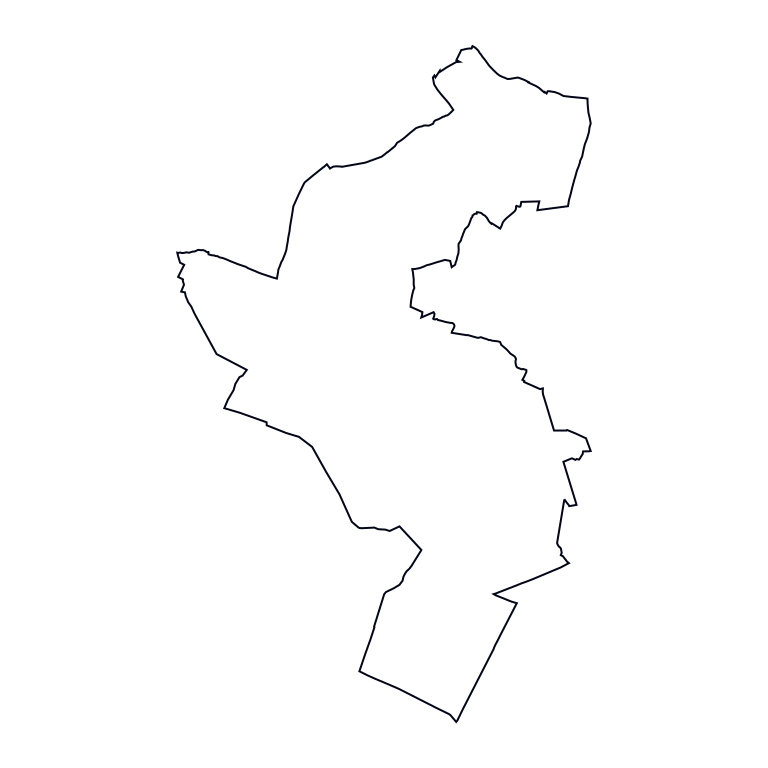 Natívitas, Tlaxcala, Mexico (Albers equal-area conic projection)
{"feature_id": "50627088B73576999314002", "entity_name": "Natívitas", "entity_type": "district", "adm_level": 2, "iso_a3": "MEX", "parent_name": "Mexico", "parent_adm1": "Tlaxcala", "projection": "albers", "projection_center": [-98.329, 19.231], "detail": "fine", "context": "isolated", "style": "outline", "palette": "ink", "viewbox_px": 768, "rotation_deg": 0, "n_neighbors": 0, "source": "geoboundaries", "source_scale": "gbopen_adm2", "svg_char_len": 6058}
<svg xmlns="http://www.w3.org/2000/svg" viewBox="0 0 768 768"><path d="M374.1,626.6L374.3,626.8L374.4,627.4L370.6,639.0L365.1,654.4L359.4,671.3L367.4,675.3L375.4,678.9L383.1,682.1L398.7,688.8L436.5,708.0L449.0,714.1L449.7,714.5L450.6,715.3L456.2,721.9L457.3,720.6L462.6,709.7L493.5,649.3L494.6,646.4L496.3,643.0L497.5,640.8L500.1,635.6L516.8,603.2L511.7,601.7L495.7,595.3L493.7,594.1L495.7,593.5L517.8,584.9L522.1,583.1L523.2,582.8L524.2,582.4L527.3,581.3L532.2,579.4L560.8,567.4L568.9,563.1L567.1,561.7L562.9,556.2L560.8,555.2L561.7,552.7L560.9,548.5L560.2,547.6L559.0,546.7L558.0,545.2L557.2,543.6L557.2,542.3L564.2,500.2L564.8,499.9L566.7,502.6L568.7,505.0L569.2,506.1L569.6,506.1L576.5,504.9L576.1,503.3L563.4,461.8L571.7,458.4L572.4,458.5L575.5,459.9L576.7,459.0L579.0,459.6L579.7,458.8L581.9,455.1L582.6,454.3L583.1,451.4L588.9,451.3L590.7,451.0L586.0,438.3L575.4,433.4L567.1,430.0L566.5,430.5L554.0,430.5L544.1,397.7L543.2,395.0L542.7,391.8L542.9,388.4L540.0,389.1L524.1,382.0L524.3,380.9L522.4,379.9L523.0,378.7L523.6,377.8L524.9,375.2L526.4,371.9L526.4,371.2L526.3,370.0L523.2,369.0L522.9,369.0L522.0,369.3L521.5,369.2L517.9,367.8L517.1,367.3L516.7,366.9L516.1,365.6L515.8,364.5L515.5,362.3L515.5,361.7L515.6,360.6L516.0,359.3L515.6,358.0L515.0,357.1L514.5,356.3L510.8,353.9L510.0,353.2L509.1,352.1L506.5,349.3L501.3,344.9L500.1,342.0L497.7,341.3L492.1,340.7L490.6,340.1L488.8,340.0L486.4,339.0L484.2,338.4L480.9,337.2L478.5,337.8L477.1,337.7L467.5,335.0L466.9,335.2L451.7,332.8L452.1,331.2L452.8,330.0L453.8,327.9L454.4,326.5L454.4,325.4L454.0,324.4L453.0,323.4L452.2,323.0L449.8,322.8L445.7,322.0L440.2,320.5L439.0,320.3L437.8,319.9L437.2,319.1L436.8,319.1L436.2,319.1L435.4,319.4L434.8,319.4L433.8,319.2L433.4,318.9L433.2,318.7L433.4,318.2L434.1,316.3L434.5,313.8L433.6,312.2L421.3,317.5L421.7,316.2L422.0,315.2L422.2,314.0L422.4,312.1L410.6,306.8L410.7,304.9L411.1,300.8L412.0,295.7L413.3,290.3L414.1,288.7L414.3,288.0L413.7,284.6L413.7,281.9L413.7,278.8L413.4,276.7L413.0,272.7L412.3,269.1L415.0,269.0L417.6,268.5L419.7,268.1L423.5,266.7L426.5,265.3L430.1,264.4L436.3,262.4L441.6,260.9L444.9,259.9L450.2,260.9L451.7,267.2L452.6,266.5L453.3,265.9L454.7,265.2L455.4,264.0L455.6,262.5L456.5,260.4L457.3,256.8L458.4,253.3L458.7,249.5L458.5,246.4L458.6,243.8L459.9,242.0L461.0,240.3L461.6,237.9L462.5,235.8L463.0,234.1L463.8,232.3L464.4,230.7L465.2,229.0L466.4,227.9L468.2,226.1L469.3,223.7L471.3,218.1L472.4,216.8L472.6,215.4L472.9,215.3L474.2,214.2L476.3,213.4L476.6,213.6L477.0,212.1L480.6,212.8L481.6,213.3L483.3,214.8L484.7,215.5L485.3,216.0L487.0,217.9L488.9,221.2L490.1,222.6L491.4,223.8L491.8,223.3L500.2,228.6L501.8,225.4L502.7,222.7L503.3,221.7L504.6,220.1L506.6,218.1L514.0,211.9L515.2,210.5L515.7,209.6L516.0,208.4L516.1,206.3L516.4,205.9L519.5,206.8L519.9,206.7L520.4,206.4L521.3,201.9L539.3,201.4L538.2,206.0L537.4,210.2L568.0,206.2L569.0,200.0L570.9,193.2L572.0,188.4L574.2,180.2L575.8,174.8L576.9,170.7L578.5,166.7L579.8,162.9L580.1,160.9L582.1,156.7L584.0,147.6L584.9,144.1L587.1,138.5L589.0,131.8L589.4,128.0L590.7,123.4L589.8,118.5L588.4,112.5L587.9,107.1L587.6,103.2L587.5,99.2L587.5,98.6L586.5,98.6L586.0,98.3L571.0,96.9L563.6,96.0L563.1,95.8L559.0,93.6L554.8,92.1L549.8,91.3L547.7,91.2L546.6,93.5L544.6,91.9L544.2,92.4L540.5,89.2L539.0,87.9L537.6,87.0L535.9,86.0L528.4,82.5L528.7,82.1L526.8,81.2L525.0,80.2L522.8,79.3L518.5,77.7L517.5,77.6L509.9,78.9L507.7,79.0L506.1,78.4L504.6,77.7L502.6,77.0L502.0,76.7L499.7,75.6L496.9,73.5L492.9,69.6L489.7,66.3L488.5,64.8L485.4,60.4L482.7,57.1L481.3,55.0L479.4,52.6L478.6,51.1L477.3,49.6L475.5,47.9L473.6,46.7L472.5,46.1L471.9,47.2L471.8,48.2L471.3,48.6L470.6,48.5L469.4,48.5L468.2,48.6L465.0,49.2L463.2,49.7L461.3,50.0L456.4,60.1L459.6,61.8L457.3,62.0L456.8,61.7L447.0,67.2L440.0,71.8L439.8,70.7L435.4,77.4L434.4,75.5L432.9,77.5L433.8,82.7L434.2,84.4L434.6,85.2L437.8,90.2L441.5,94.8L446.9,101.0L449.0,103.6L453.3,109.9L451.2,112.1L448.6,114.5L447.6,115.2L446.8,115.5L445.8,115.6L443.9,116.7L443.2,116.7L442.4,117.0L441.6,117.6L438.9,119.0L435.9,120.2L434.9,120.7L433.9,121.7L433.2,123.6L431.6,124.4L430.4,125.0L429.1,125.5L427.9,125.6L426.2,125.5L425.5,125.4L423.6,125.6L422.7,126.1L421.4,126.5L420.3,126.6L417.3,127.6L415.8,128.3L410.2,132.8L404.2,138.0L400.7,140.6L397.0,142.9L395.0,146.1L388.1,151.8L387.1,152.3L384.8,154.3L381.6,156.7L373.4,159.7L372.5,160.1L371.0,160.5L368.3,161.6L365.1,162.7L342.0,166.8L341.8,166.6L336.4,166.3L333.4,166.6L331.3,167.7L330.3,168.2L330.0,168.5L329.6,167.9L326.9,164.3L323.7,167.1L323.1,167.4L312.5,175.9L304.7,182.4L303.7,184.1L298.9,194.0L293.4,206.2L292.8,209.6L292.8,210.0L292.2,213.9L290.0,226.8L289.5,231.4L288.9,234.3L288.1,238.6L287.8,241.3L287.5,242.9L286.9,246.1L286.5,248.9L286.2,250.5L284.7,254.7L282.2,260.8L281.6,261.4L279.3,267.4L278.6,268.9L278.2,270.5L278.1,271.9L276.9,278.6L272.2,277.3L261.7,273.8L258.0,272.4L254.9,271.0L252.1,269.9L247.9,268.1L245.8,266.8L242.7,265.8L237.2,263.9L234.3,262.7L229.9,261.0L227.1,259.7L223.8,258.4L222.5,258.0L220.2,257.5L219.2,257.2L217.6,256.2L215.5,256.0L214.1,255.4L213.0,255.4L211.0,255.1L209.3,254.6L208.5,254.2L208.4,253.5L208.5,252.3L208.4,252.0L207.8,252.1L207.3,252.2L205.8,251.4L204.9,250.7L204.2,250.5L203.2,250.1L201.3,250.2L198.9,249.9L197.8,250.0L195.8,251.0L194.4,251.5L192.7,251.6L191.0,252.1L189.4,252.7L187.8,252.6L186.7,252.3L183.4,253.0L181.8,253.0L180.2,252.5L178.5,252.9L177.3,252.7L178.2,256.5L180.1,262.7L184.2,264.8L178.1,276.9L183.0,279.4L182.8,280.8L184.0,284.7L181.2,291.6L183.8,292.2L184.6,292.3L184.9,292.3L185.8,296.5L188.3,302.4L191.3,306.6L194.5,313.6L216.6,354.1L246.8,369.9L242.6,375.6L239.5,377.1L235.4,383.8L233.5,390.3L227.9,399.7L224.3,408.2L239.3,412.6L266.6,422.3L266.7,425.3L286.2,433.0L299.0,436.9L312.2,447.0L326.1,471.9L339.5,494.4L349.9,517.6L351.9,521.9L358.1,527.2L359.4,528.0L361.8,528.2L374.4,527.6L378.2,529.2L385.3,529.6L389.6,531.0L399.5,526.4L421.4,550.0L411.7,565.6L409.5,568.6L406.5,571.4L404.6,574.4L403.5,576.7L402.6,580.6L399.5,584.8L393.7,588.3L386.0,592.0L384.2,594.2L374.1,626.6Z" fill="none" stroke="#020617" stroke-width="2"/></svg>